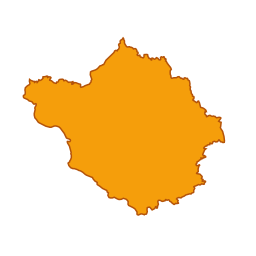 outline of Dak Rlap, Đắk Nông, Vietnam, rotated 74°
{"feature_id": "81297802B2917427008212", "entity_name": "Dak Rlap", "entity_type": "district", "adm_level": 2, "iso_a3": "VNM", "parent_name": "Vietnam", "parent_adm1": "Đắk Nông", "projection": "albers", "projection_center": [107.508, 11.9], "detail": "fine", "context": "isolated", "style": "filled", "palette": "amber", "viewbox_px": 256, "rotation_deg": 74, "n_neighbors": 0, "source": "geoboundaries", "source_scale": "gbopen_adm2", "svg_char_len": 5714}
<svg xmlns="http://www.w3.org/2000/svg" viewBox="0 0 256 256"><g transform="rotate(74 128 128)"><path d="M215.9,136.2L215.6,135.8L215.8,134.0L215.6,133.8L213.7,132.5L211.7,132.3L211.1,131.9L210.5,131.8L209.9,131.4L209.8,130.8L209.9,129.4L210.5,128.7L213.4,127.4L212.8,124.5L211.3,123.2L211.3,122.9L211.6,122.6L212.8,122.6L213.0,122.4L213.0,122.0L211.8,121.2L210.9,121.1L210.2,120.1L209.6,119.8L207.1,119.7L206.0,118.8L206.0,118.1L206.6,116.8L207.8,115.6L208.1,114.8L208.1,112.3L207.3,111.8L207.2,111.3L208.2,110.5L208.2,108.8L208.7,108.3L210.0,108.0L210.9,107.0L212.3,106.3L214.1,104.9L214.2,104.4L213.6,103.0L214.1,101.9L214.2,100.3L213.8,100.2L213.2,100.6L212.7,100.6L211.5,99.8L209.6,100.9L209.0,100.1L208.8,98.4L209.8,96.3L209.4,95.6L209.1,94.1L209.0,92.8L208.3,90.9L208.3,86.8L208.8,85.6L208.1,84.5L208.1,83.1L207.8,82.5L205.8,81.9L204.5,80.5L203.9,80.5L203.0,80.9L202.5,80.8L202.2,77.8L201.8,75.8L202.6,74.5L202.5,73.8L202.0,72.7L203.0,70.7L202.9,70.1L201.8,69.7L201.1,68.3L200.6,68.2L200.0,68.9L199.8,71.3L199.3,71.2L198.5,70.1L198.0,70.2L197.4,71.0L196.7,71.3L195.5,70.2L194.8,70.2L192.2,71.6L190.8,74.4L190.5,74.6L190.2,74.4L189.3,72.5L186.7,71.9L184.2,70.4L183.5,69.4L183.1,69.5L183.1,69.8L183.3,72.1L182.7,72.6L181.5,72.6L180.7,71.4L179.6,71.0L179.2,69.0L178.5,68.1L178.4,66.7L178.1,66.3L177.0,66.2L177.2,65.5L178.0,64.8L177.8,64.2L176.9,63.6L177.6,62.6L177.3,61.3L176.7,61.2L175.3,62.5L175.0,63.2L174.3,63.5L173.8,63.3L170.2,60.4L169.5,58.9L168.8,60.5L168.3,60.7L167.7,60.3L166.8,58.5L167.0,57.2L166.3,56.6L166.2,56.1L166.5,53.9L165.3,53.6L165.1,53.3L166.2,52.0L166.3,51.4L166.0,51.0L164.9,50.5L164.6,49.0L164.7,48.4L165.6,47.5L165.8,45.8L165.5,45.2L164.5,44.1L164.5,43.8L165.0,43.4L166.7,42.9L167.4,41.5L168.2,40.7L168.3,39.4L166.9,38.8L162.6,38.1L157.3,38.0L154.1,39.0L152.9,39.1L152.3,38.6L148.2,36.9L147.5,38.0L146.5,39.0L144.4,36.2L143.8,36.0L143.2,36.6L142.8,37.5L142.6,40.0L141.8,40.7L140.8,41.2L140.7,41.8L140.1,42.4L140.0,43.8L139.7,44.4L138.4,45.7L138.3,46.9L138.9,49.1L138.7,49.4L137.8,49.2L136.0,50.2L135.0,50.1L134.5,50.0L134.3,49.5L133.3,49.2L133.8,48.2L132.8,48.2L132.0,48.4L130.2,49.7L129.3,50.6L128.2,52.5L122.9,52.4L122.1,52.9L121.6,52.8L121.6,53.7L122.4,54.5L122.5,55.1L119.1,57.9L118.3,57.6L118.1,56.7L116.4,56.0L115.8,56.2L115.2,57.2L113.6,56.9L112.4,57.6L109.6,57.2L108.5,57.7L108.0,57.4L106.8,57.3L105.9,56.6L104.1,57.0L102.8,56.3L99.9,56.0L99.4,56.1L98.4,57.0L96.7,57.2L96.5,58.1L95.4,59.4L95.5,60.3L96.5,60.8L96.5,61.1L95.7,62.2L94.9,62.6L94.8,63.6L92.7,64.8L92.5,66.0L93.0,67.5L92.3,70.4L92.3,72.1L92.0,72.5L91.3,72.7L89.4,72.4L88.1,72.6L85.9,72.1L84.6,71.6L83.5,70.2L81.6,70.4L77.2,72.2L76.7,72.2L76.4,72.5L74.5,72.8L74.0,73.4L72.9,72.7L72.1,73.3L71.9,72.8L70.8,73.7L69.7,73.6L69.3,74.2L69.7,75.1L68.8,76.1L68.8,76.7L69.4,77.4L71.0,77.6L71.4,78.4L71.0,79.3L69.1,80.2L68.2,81.2L68.3,81.6L68.9,82.1L69.2,83.6L67.6,85.0L67.5,85.9L69.0,86.4L69.1,86.8L68.7,87.2L67.5,87.4L66.9,88.6L65.8,88.7L64.8,89.2L63.1,88.9L62.5,89.5L61.9,92.2L62.5,92.6L63.8,92.9L64.3,93.3L64.7,93.9L64.5,94.6L63.6,95.6L63.4,96.3L62.7,96.7L61.4,96.5L61.2,96.7L61.2,98.3L60.7,98.9L60.0,99.0L59.1,97.8L58.5,97.6L57.9,97.6L57.1,98.4L55.9,98.1L54.3,98.5L53.6,99.3L53.5,101.0L52.5,101.3L51.4,102.4L51.1,103.3L50.3,104.1L50.0,106.1L49.6,106.7L49.0,107.1L46.1,107.9L44.9,107.9L43.3,107.4L41.9,107.7L40.8,107.6L40.1,107.9L41.3,109.4L41.4,110.3L41.9,111.3L42.6,111.7L44.2,112.0L44.5,112.2L44.7,113.5L45.5,114.1L47.7,114.0L48.5,114.4L49.7,115.4L50.1,116.6L50.8,117.0L50.0,118.4L50.3,119.7L51.1,120.2L51.8,121.1L56.8,130.5L60.3,133.9L60.2,135.1L60.6,136.0L60.6,137.9L62.5,140.9L63.2,143.1L63.4,147.5L63.8,148.6L66.5,149.6L71.3,149.4L72.3,150.4L73.5,150.8L74.4,152.1L75.3,153.0L75.2,153.7L75.5,157.7L76.0,159.6L75.9,162.0L75.3,162.3L73.3,161.6L72.7,161.8L72.1,163.0L70.1,165.6L69.6,167.0L70.3,168.1L70.6,169.2L70.5,169.9L70.1,170.0L69.8,169.8L68.7,168.1L68.2,168.2L68.3,169.9L67.8,171.5L67.7,172.7L66.4,173.4L65.0,174.7L64.8,175.3L65.0,176.5L64.8,176.7L63.6,176.8L63.1,177.4L62.8,178.5L62.5,180.2L62.7,181.0L64.4,182.5L64.5,183.1L64.2,183.9L65.3,184.6L65.2,185.0L64.1,186.8L61.5,188.5L60.5,190.1L59.9,189.9L58.5,188.2L58.0,188.3L57.5,188.7L57.2,189.3L57.1,190.2L56.4,190.8L57.2,191.1L57.3,191.4L56.1,191.6L55.7,191.9L55.8,193.5L55.4,195.3L55.5,195.8L56.8,196.0L57.8,197.8L58.1,199.7L57.1,200.2L57.0,200.4L58.4,201.5L59.2,202.8L58.1,202.9L57.8,203.4L58.4,205.3L57.4,205.2L56.9,206.5L56.0,207.4L55.6,208.2L54.2,209.2L55.9,209.9L58.3,210.0L59.1,210.8L59.7,213.1L61.0,215.6L63.1,216.6L65.1,216.8L67.2,217.6L67.6,218.1L67.9,219.5L69.2,220.0L70.0,219.9L70.6,219.5L72.9,216.7L74.7,215.6L76.2,213.2L78.9,212.1L79.2,211.6L79.2,209.9L79.5,209.7L80.2,209.8L81.3,210.3L81.6,210.9L83.1,212.1L84.5,212.1L88.4,214.2L90.0,214.6L92.6,214.7L94.6,213.7L97.6,212.7L98.5,212.0L103.6,206.5L105.8,202.8L106.1,201.7L105.8,198.5L106.0,197.3L106.4,196.3L107.8,194.2L109.4,193.1L115.5,190.8L120.4,190.0L121.1,189.5L122.3,187.7L123.3,186.7L124.1,186.7L125.0,187.5L125.0,188.0L124.2,189.6L124.2,190.0L124.6,190.2L125.8,190.2L129.3,189.3L135.9,189.4L137.1,190.1L138.3,189.9L141.0,190.7L143.0,192.2L143.7,193.1L144.6,193.6L145.0,195.0L145.3,195.3L147.8,195.2L150.3,194.1L151.8,192.3L152.3,190.7L154.0,188.2L155.3,186.9L156.0,185.6L158.0,183.7L160.8,181.9L161.9,180.9L165.8,175.8L167.2,175.6L169.8,174.5L171.8,172.6L173.4,173.2L174.1,173.0L176.0,171.3L179.1,169.1L182.2,165.6L183.9,165.6L184.8,164.7L187.3,165.9L189.6,165.4L190.3,164.3L190.9,162.4L190.8,160.3L193.4,157.6L194.3,156.3L194.7,154.0L194.3,151.9L195.8,149.6L196.7,148.9L198.7,148.1L201.3,149.0L202.6,148.7L205.9,145.1L207.5,143.7L208.6,143.3L211.2,142.5L213.3,143.1L213.9,142.9L214.5,142.0L214.1,139.2L214.7,137.8L215.9,136.2Z" fill="#f59e0b" stroke="#b45309" stroke-width="1.5"/></g></svg>